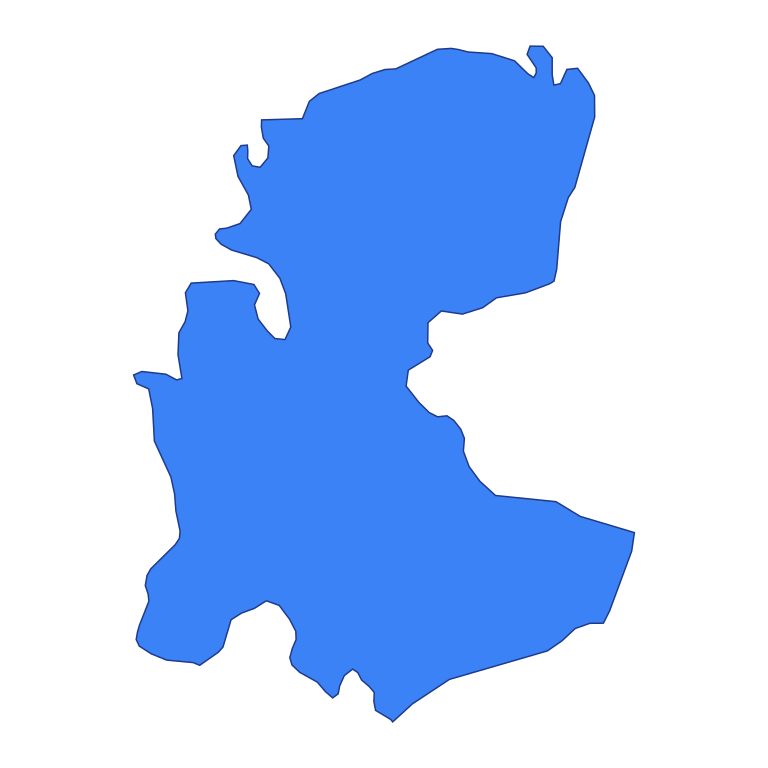 SVG path tracing the border of Markazi
{"feature_id": "IRN-3231", "entity_name": "Markazi", "entity_type": "Province", "adm_level": 1, "iso_a3": "IRN", "parent_name": "Iran", "parent_adm1": "", "projection": "equal_earth", "projection_center": [49.809, 34.588], "detail": "fine", "context": "isolated", "style": "filled", "palette": "blue", "viewbox_px": 768, "rotation_deg": 0, "n_neighbors": 0, "source": "natural_earth", "source_scale": "10m", "svg_char_len": 2122}
<svg xmlns="http://www.w3.org/2000/svg" viewBox="0 0 768 768"><path d="M634.4,532.6L631.7,551.1L609.6,610.9L603.4,623.2L589.9,623.3L575.2,628.5L562.0,640.8L547.4,650.9L449.4,679.4L412.2,704.0L392.7,721.9L390.6,719.4L375.6,710.4L373.9,701.5L374.2,692.4L369.2,686.5L361.6,680.0L357.8,672.6L352.6,669.1L344.3,675.6L339.7,685.8L338.2,693.8L332.7,697.9L325.4,691.6L317.3,682.1L299.7,672.3L292.0,665.0L289.8,657.7L292.3,648.5L296.1,639.5L295.8,631.2L289.5,619.1L279.2,605.4L266.3,600.8L254.5,608.3L241.5,613.1L231.1,619.7L223.0,647.0L218.5,652.1L199.7,665.3L193.2,662.6L166.7,660.1L151.2,653.8L139.3,646.1L136.2,639.5L137.5,632.0L139.5,625.1L148.9,601.2L148.1,594.0L145.3,585.6L147.0,575.5L150.7,568.9L175.2,544.7L179.4,538.4L180.1,531.1L175.9,511.0L174.6,494.0L170.9,477.0L154.4,441.1L152.6,408.4L148.7,388.9L136.9,383.7L133.6,375.0L141.8,371.5L165.9,374.2L176.6,379.9L181.9,378.5L178.0,354.6L178.9,332.8L185.1,321.7L187.9,310.8L185.4,292.8L191.2,283.1L233.7,280.6L253.9,284.5L259.5,293.4L254.5,304.9L258.1,319.0L267.3,330.9L274.8,338.5L285.0,339.6L290.8,327.0L285.7,293.7L279.9,278.3L268.7,263.8L256.7,257.6L231.7,250.1L221.2,244.3L215.9,238.6L215.3,234.2L219.5,229.0L226.5,228.2L240.0,223.6L251.3,209.3L248.4,195.1L238.0,176.4L233.7,155.6L241.0,145.6L247.3,145.1L247.8,150.9L247.6,158.7L252.1,165.8L260.1,167.3L267.9,157.9L268.8,146.0L263.3,138.2L261.4,127.2L261.6,119.9L302.4,118.7L309.4,101.3L319.2,93.5L360.1,80.0L372.2,73.5L385.0,69.5L395.7,68.9L437.4,49.3L451.2,48.4L458.2,49.5L468.2,52.0L491.7,53.6L514.5,60.8L528.0,73.9L533.8,77.6L536.2,73.0L536.2,67.9L527.1,54.4L530.1,46.1L543.2,46.3L552.2,57.7L552.2,74.8L553.9,85.1L560.5,83.6L566.9,69.4L577.6,68.3L588.4,82.9L594.5,95.4L594.7,116.9L574.8,187.5L568.3,197.6L560.6,221.7L556.7,269.2L554.0,281.1L549.6,283.8L525.5,292.8L496.5,297.8L482.7,307.7L462.4,314.1L441.3,311.0L428.0,322.7L427.7,343.0L432.6,350.4L430.1,356.7L408.3,370.1L406.1,386.1L418.8,402.3L429.1,412.5L437.6,416.8L447.0,415.8L453.9,420.5L460.8,429.3L464.4,438.4L463.4,451.2L469.1,466.6L480.0,481.4L495.5,495.5L556.0,501.7L580.2,516.4L634.4,532.6Z" fill="#3b82f6" stroke="#1e3a8a" stroke-width="1.5"/></svg>